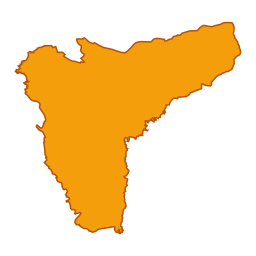 Mueang Phitsanulok, Phitsanulok, Thailand
{"feature_id": "78962969B1264982226283", "entity_name": "Mueang Phitsanulok", "entity_type": "district", "adm_level": 2, "iso_a3": "THA", "parent_name": "Thailand", "parent_adm1": "Phitsanulok", "projection": "orthographic", "projection_center": [100.243, 16.805], "detail": "fine", "context": "isolated", "style": "filled", "palette": "amber", "viewbox_px": 256, "rotation_deg": 0, "n_neighbors": 0, "source": "geoboundaries", "source_scale": "gbopen_adm2", "svg_char_len": 5665}
<svg xmlns="http://www.w3.org/2000/svg" viewBox="0 0 256 256"><path d="M125.3,187.6L127.2,185.2L126.6,184.1L126.6,183.2L127.6,179.4L126.7,178.5L124.6,177.7L124.1,176.5L125.7,176.1L126.5,175.5L127.9,173.4L128.9,170.9L126.4,167.7L126.3,167.0L127.0,166.2L126.6,165.6L125.9,162.6L124.8,161.5L125.3,159.4L124.9,159.0L124.9,158.3L125.6,157.7L125.5,156.8L126.0,156.4L126.0,151.5L127.4,150.0L127.2,149.2L127.6,148.7L126.8,148.4L126.2,147.6L126.3,147.2L125.7,146.5L126.3,145.5L125.9,144.5L124.9,144.1L125.1,142.8L124.7,142.2L125.2,141.3L124.1,140.3L124.5,139.8L124.6,138.9L125.0,138.8L125.0,138.0L125.9,137.6L127.4,138.2L127.2,141.2L128.6,141.4L129.4,139.2L129.1,138.7L129.2,136.9L130.9,136.9L134.8,137.8L134.6,138.6L135.9,139.0L136.8,136.5L138.6,136.4L139.7,134.9L140.5,135.3L142.6,135.4L142.3,133.6L142.4,133.1L142.7,133.1L142.9,130.8L143.7,130.3L143.8,129.2L144.3,129.2L146.3,130.6L147.4,130.7L147.6,130.4L147.0,130.5L146.9,130.1L145.8,129.5L145.5,128.6L145.8,126.8L146.8,126.2L147.1,125.7L146.7,125.2L145.9,125.8L144.9,125.6L145.8,123.8L145.3,122.3L145.4,120.9L147.0,120.8L147.4,122.6L148.1,122.8L149.2,120.5L150.5,119.9L151.7,118.8L151.3,120.6L152.4,120.8L153.9,121.9L154.4,120.1L153.8,119.0L156.0,120.4L156.3,120.1L154.8,117.8L155.9,118.0L156.5,117.7L158.1,118.4L159.1,117.3L160.2,117.4L160.4,115.7L161.0,114.6L163.2,113.2L163.9,113.9L164.4,113.9L165.2,112.2L165.0,111.3L163.2,112.5L162.9,112.5L162.7,112.1L163.7,111.2L166.2,106.8L166.1,105.1L169.3,104.8L170.2,101.8L173.3,98.5L174.9,98.1L177.3,98.7L177.9,98.1L177.9,97.3L186.4,96.5L189.0,94.8L190.4,92.8L201.5,88.6L201.6,84.7L202.0,83.8L205.6,85.4L209.8,85.9L210.8,85.7L211.6,84.4L211.3,82.5L216.2,76.9L218.6,75.2L220.9,74.5L222.1,73.3L224.2,72.7L226.6,71.5L228.1,71.6L230.4,70.0L231.7,69.6L234.2,63.5L234.0,59.2L236.6,56.4L239.6,54.8L240.4,53.4L240.6,52.1L240.3,49.8L239.4,48.2L239.3,46.1L238.1,44.1L237.7,42.2L235.0,38.2L234.3,35.6L233.3,34.3L234.2,28.2L233.2,24.6L232.3,22.9L228.8,22.5L224.8,22.6L222.4,23.3L220.4,24.4L214.4,25.8L212.2,26.7L207.7,26.2L204.3,25.4L203.1,25.5L199.6,28.0L197.3,30.6L189.8,30.9L182.1,33.2L180.8,34.7L179.0,35.3L177.4,35.0L176.5,35.9L173.8,36.4L172.3,37.8L172.0,38.8L168.4,39.6L167.5,40.4L165.5,41.1L165.0,41.1L164.4,40.1L164.5,39.4L156.9,38.3L153.9,39.0L151.2,41.7L150.4,41.9L140.9,41.6L137.3,42.2L135.5,43.0L134.1,44.1L131.0,47.7L126.9,51.6L124.9,52.8L120.4,52.2L112.6,49.5L103.7,47.5L99.0,45.4L94.7,42.8L92.9,43.6L89.0,42.0L84.6,38.0L84.1,37.9L83.7,38.5L81.5,39.1L79.2,38.9L76.8,39.0L76.5,39.6L77.5,42.3L79.0,44.4L81.3,45.8L81.2,48.0L80.6,50.4L80.8,51.0L82.1,52.9L83.8,54.0L84.2,54.7L83.7,56.1L80.8,58.3L84.3,61.9L82.6,62.4L80.9,61.8L80.4,62.8L77.9,62.4L75.0,61.3L73.1,61.3L71.4,60.7L69.1,59.7L63.5,56.1L65.0,54.5L62.5,52.3L57.5,52.3L55.7,46.5L52.7,47.6L51.6,45.7L44.6,45.7L44.6,46.0L43.9,46.3L43.7,46.1L40.9,47.4L38.8,47.5L38.1,48.2L37.2,48.4L37.1,49.3L36.3,49.6L35.4,50.4L34.3,50.7L33.6,52.6L33.0,52.6L32.7,52.1L31.9,51.9L30.9,52.6L30.3,51.7L29.6,51.6L28.1,52.7L28.6,53.5L28.2,54.0L28.4,55.2L28.1,56.8L26.3,60.2L24.2,60.8L23.8,61.7L23.3,61.4L23.2,60.9L22.3,61.2L21.4,62.6L22.0,63.0L21.7,63.3L21.8,63.8L21.4,63.9L21.5,64.5L21.0,64.7L20.4,64.4L20.4,64.9L19.7,65.5L19.7,66.0L18.4,65.9L18.7,66.5L19.9,66.9L19.8,67.7L20.2,68.6L19.2,68.6L18.9,69.6L18.0,70.0L16.4,69.6L16.2,70.0L16.4,71.0L15.7,71.0L15.4,71.6L17.5,72.3L16.9,72.8L17.3,73.4L18.4,73.2L18.2,72.2L18.6,71.9L19.2,72.0L19.5,72.6L20.3,72.8L20.8,72.3L21.2,72.3L21.2,73.1L22.3,73.3L22.9,73.8L23.9,73.4L24.3,74.7L25.4,75.2L26.4,77.2L26.9,80.3L28.8,81.7L28.4,82.1L25.8,81.5L25.5,81.9L25.8,82.8L25.5,83.3L24.4,82.6L23.9,82.7L24.6,84.0L27.5,85.1L27.9,85.5L27.6,86.1L26.9,86.2L26.5,87.0L27.4,87.8L27.2,88.4L25.0,89.2L25.4,90.8L26.4,91.9L26.0,92.6L25.3,92.8L25.3,93.7L27.5,95.3L30.5,99.2L31.6,100.1L33.4,100.9L37.4,101.4L39.2,102.8L40.1,104.7L39.5,106.8L39.6,107.9L44.2,114.6L45.6,118.9L45.5,121.1L44.4,121.5L44.1,123.0L43.6,123.2L43.8,123.8L43.3,125.2L42.0,127.9L40.6,128.1L37.5,125.3L36.7,125.3L36.4,126.1L36.6,127.4L37.6,128.1L38.7,129.7L42.9,132.1L45.4,137.2L45.2,137.5L44.2,137.9L44.1,139.8L44.7,141.8L43.9,141.9L43.8,142.6L44.8,149.6L45.1,154.7L46.6,157.2L45.7,157.6L46.8,159.9L44.4,162.6L45.9,164.1L46.5,164.4L46.9,165.4L48.9,166.6L48.6,168.0L50.8,169.6L52.2,171.7L52.2,173.4L53.1,174.2L54.0,174.1L55.3,174.8L57.0,176.6L57.0,177.1L56.2,177.4L55.9,177.8L56.0,178.2L56.9,178.8L56.9,180.2L58.3,181.9L59.4,182.0L60.1,182.6L60.9,182.4L61.6,183.2L62.3,186.2L62.0,186.6L63.2,189.1L64.0,189.7L65.6,189.0L66.1,189.2L67.5,190.9L67.5,191.9L66.7,192.6L66.1,194.2L65.6,194.7L66.3,195.4L66.4,196.9L68.6,197.3L69.2,197.9L69.4,198.9L69.1,199.4L68.1,200.2L66.3,200.8L66.3,201.2L66.7,202.0L68.4,201.4L68.9,201.7L70.1,204.4L70.7,208.5L72.1,209.7L74.0,209.6L74.8,209.9L75.3,211.3L74.8,213.6L75.3,214.1L79.2,212.7L80.8,212.8L80.6,214.1L75.2,220.0L75.6,220.5L74.9,222.2L75.2,223.2L75.9,223.5L76.2,224.7L79.0,224.6L78.9,225.2L80.0,225.7L80.3,226.6L80.9,226.5L83.6,228.4L86.8,228.7L88.7,230.2L89.1,231.0L90.2,231.3L90.9,231.1L92.5,232.3L96.4,230.9L97.9,229.5L99.4,229.0L114.1,226.7L115.0,227.3L114.5,229.4L115.7,231.9L119.0,232.9L119.1,232.2L117.9,230.7L118.2,230.0L119.1,229.5L119.8,232.0L119.8,233.5L120.2,233.5L121.0,232.6L121.9,232.5L122.7,231.4L123.1,230.3L122.8,229.8L121.9,230.0L121.5,229.7L121.5,229.1L122.3,228.3L121.8,227.7L121.8,226.6L120.7,226.2L120.5,225.5L121.1,223.5L121.1,222.5L122.1,221.7L121.9,221.1L122.4,219.3L122.1,218.9L122.7,217.5L122.0,215.9L122.4,215.5L122.2,214.9L123.0,213.8L122.9,212.3L123.7,209.2L125.1,208.1L125.3,207.1L125.9,206.9L126.1,206.4L125.5,203.2L124.6,201.5L124.7,199.5L124.1,195.7L124.6,195.2L124.6,194.2L123.7,192.6L125.6,191.5L125.0,188.7L125.3,187.6Z" fill="#f59e0b" stroke="#b45309" stroke-width="1.5"/></svg>